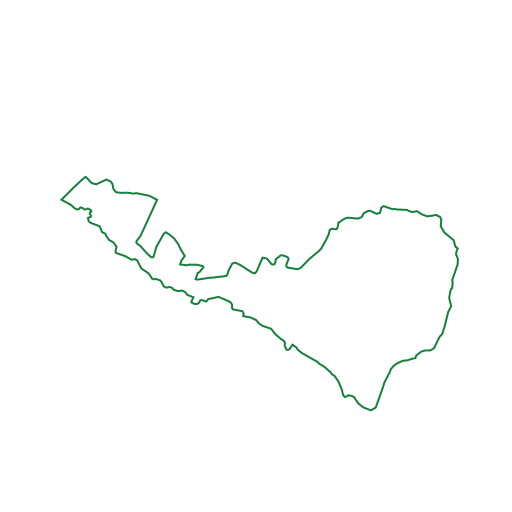 Pasaco, Jutiapa, Guatemala (Robinson projection), rotated 111°
{"feature_id": "79465075B50334197995085", "entity_name": "Pasaco", "entity_type": "district", "adm_level": 2, "iso_a3": "GTM", "parent_name": "Guatemala", "parent_adm1": "Jutiapa", "projection": "robinson", "projection_center": [-90.222, 13.895], "detail": "fine", "context": "isolated", "style": "outline", "palette": "green", "viewbox_px": 512, "rotation_deg": 111, "n_neighbors": 0, "source": "geoboundaries", "source_scale": "gbopen_adm2", "svg_char_len": 3414}
<svg xmlns="http://www.w3.org/2000/svg" viewBox="0 0 512 512"><g transform="rotate(111 256 256)"><path d="M243.2,443.2L244.3,444.3L246.8,445.6L257.6,450.8L273.2,457.8L274.6,447.3L276.6,441.8L276.6,439.5L275.5,438.0L273.6,437.4L273.3,435.1L273.9,433.8L273.9,432.1L271.9,429.9L272.4,426.6L273.0,425.8L273.9,425.9L274.6,426.5L276.1,426.4L276.5,425.7L277.0,424.9L277.8,424.4L278.7,424.3L280.6,426.5L283.5,424.7L284.3,422.2L284.3,412.7L288.9,408.2L289.2,404.5L290.6,403.4L293.7,399.0L294.4,393.9L297.3,389.5L301.5,389.0L303.3,387.9L303.0,377.9L304.1,371.2L303.2,369.1L302.3,368.1L302.7,365.3L308.7,358.7L310.4,351.3L311.4,348.9L314.4,344.9L314.4,343.0L313.3,341.6L313.1,336.8L314.1,334.9L317.4,331.3L317.7,328.5L315.8,325.5L315.9,322.7L317.0,320.7L316.8,316.5L314.7,312.4L315.2,309.1L316.9,306.3L317.0,299.6L321.9,300.0L322.7,298.9L322.8,296.4L321.8,293.6L320.0,292.4L317.5,292.2L316.6,291.1L316.3,286.1L313.2,285.1L310.6,280.8L307.6,276.5L308.0,265.2L308.5,262.9L310.2,260.7L312.6,260.1L314.1,258.5L312.4,248.8L314.2,246.9L316.7,246.4L315.3,238.8L315.8,232.7L317.8,229.3L318.9,224.8L318.5,215.9L321.9,210.2L324.5,203.3L325.2,199.6L326.7,197.9L329.5,197.1L332.5,194.0L332.2,192.6L331.0,191.3L325.7,190.1L327.0,185.3L328.4,183.7L330.1,178.6L332.9,160.3L333.7,159.2L335.1,152.0L338.1,144.1L339.1,143.1L339.7,139.9L343.3,134.5L349.8,128.1L354.8,124.7L355.8,122.2L352.7,119.5L352.3,115.8L352.6,113.9L356.9,107.8L358.9,101.5L358.9,93.4L354.6,89.9L334.3,90.4L328.1,90.8L315.9,89.4L313.8,89.7L308.9,88.0L305.5,85.6L301.3,81.5L299.0,77.1L295.9,73.3L294.2,70.6L291.3,70.7L286.0,67.4L283.6,64.3L281.6,59.3L278.2,56.7L266.0,55.7L262.1,54.2L253.6,54.7L239.3,56.5L233.0,55.8L226.0,60.6L219.1,62.0L216.4,61.9L215.7,61.3L209.6,63.1L208.3,64.2L191.8,64.7L186.5,66.4L182.7,69.9L179.4,70.5L176.6,70.3L175.8,73.2L170.4,77.2L166.6,88.4L162.7,93.4L162.0,94.2L155.8,96.0L153.6,98.1L153.1,102.7L155.0,105.5L157.6,110.5L157.7,116.2L156.4,121.7L157.8,123.9L158.6,125.3L159.1,126.7L159.1,128.6L159.0,131.9L162.1,141.3L162.6,144.0L163.4,145.2L163.7,154.7L165.8,156.3L171.3,155.7L173.4,158.6L172.9,165.6L173.5,167.2L176.5,169.9L177.5,170.8L181.7,171.2L184.5,174.1L187.3,184.0L188.9,186.1L191.1,188.0L194.5,190.2L195.4,191.1L198.3,190.2L201.7,190.2L202.5,191.3L203.2,194.7L205.2,196.5L209.8,195.9L216.2,196.4L225.8,197.8L228.6,199.0L239.8,205.2L251.1,210.0L253.5,212.6L255.5,222.5L254.7,224.0L253.1,224.6L246.9,224.5L245.8,226.1L245.7,228.5L245.9,231.8L246.8,233.4L249.2,234.7L251.8,236.3L256.4,235.5L258.0,237.0L258.1,238.4L254.5,244.8L255.2,249.3L270.4,249.9L272.7,251.0L272.8,254.3L270.2,266.6L269.6,272.3L270.1,273.8L271.6,275.4L278.7,276.4L283.8,276.1L285.4,276.8L292.1,289.4L292.7,291.1L297.8,300.0L298.7,301.7L299.2,302.8L299.2,304.1L292.7,304.3L291.1,302.9L285.9,301.2L285.0,301.2L284.6,302.2L285.2,307.7L288.0,315.2L289.5,317.4L291.1,323.9L286.9,324.0L281.5,322.5L277.3,328.0L272.7,333.0L269.0,338.6L266.8,345.1L266.7,346.5L266.3,347.8L266.3,348.9L267.2,349.5L268.5,350.0L271.6,350.6L283.4,352.3L292.3,351.5L293.1,351.4L294.0,351.6L294.5,353.0L294.5,354.2L293.9,355.4L292.6,358.8L288.2,367.3L286.9,372.1L285.2,372.9L278.3,371.0L264.7,370.1L239.0,368.5L238.0,377.3L240.2,390.2L241.7,392.9L243.0,398.8L245.5,404.9L246.6,409.4L245.0,412.5L243.6,413.8L242.2,414.5L240.4,415.8L238.7,417.8L238.2,423.0L243.9,428.5L244.9,429.4L246.1,430.7L246.7,433.0L246.6,436.3L245.1,439.1L243.2,443.2Z" fill="none" stroke="#15803d" stroke-width="2"/></g></svg>